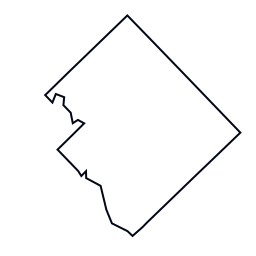 the district of Douglas, Kansas, United States of America, rotated 226°
{"feature_id": "52423323B27680386687598", "entity_name": "Douglas", "entity_type": "district", "adm_level": 2, "iso_a3": "USA", "parent_name": "United States of America", "parent_adm1": "Kansas", "projection": "orthographic", "projection_center": [-95.249, 38.904], "detail": "fine", "context": "isolated", "style": "outline", "palette": "ink", "viewbox_px": 256, "rotation_deg": 226, "n_neighbors": 0, "source": "geoboundaries", "source_scale": "gbopen_adm2", "svg_char_len": 531}
<svg xmlns="http://www.w3.org/2000/svg" viewBox="0 0 256 256"><g transform="rotate(226 128 128)"><path d="M209.2,91.3L198.8,91.3L202.6,99.7L194.5,103.5L189.3,97.4L178.8,97.4L169.8,91.6L168.6,97.6L161.8,99.7L161.6,84.6L161.4,62.3L131.7,62.3L125.9,61.1L126.1,67.8L121.0,63.1L105.4,68.1L84.3,55.7L70.6,50.2L54.1,56.0L47.2,56.3L46.6,70.0L46.8,75.9L46.8,144.0L46.7,164.6L46.6,205.6L132.6,205.8L141.6,205.8L168.7,205.8L209.4,205.7L209.4,178.4L209.4,144.2L209.4,123.7L209.2,91.3Z" fill="none" stroke="#020617" stroke-width="2"/></g></svg>